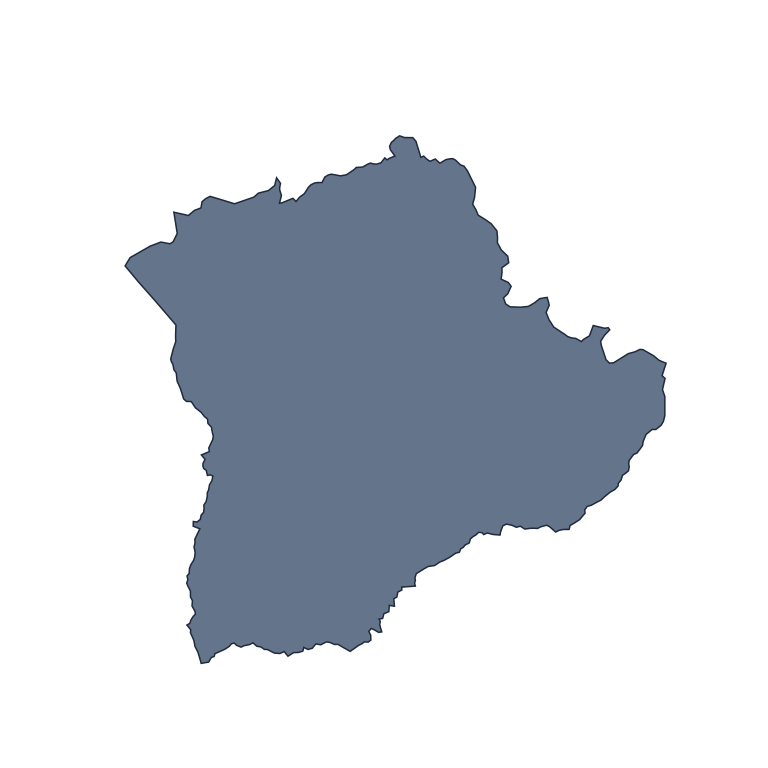 the district of Sertânia, Pernambuco, Brazil, rotated 339°
{"feature_id": "56859067B10888923782063", "entity_name": "Sertânia", "entity_type": "district", "adm_level": 2, "iso_a3": "BRA", "parent_name": "Brazil", "parent_adm1": "Pernambuco", "projection": "mercator", "projection_center": [-37.338, -8.2], "detail": "fine", "context": "isolated", "style": "filled", "palette": "slate", "viewbox_px": 768, "rotation_deg": 339, "n_neighbors": 0, "source": "geoboundaries", "source_scale": "gbopen_adm2", "svg_char_len": 4563}
<svg xmlns="http://www.w3.org/2000/svg" viewBox="0 0 768 768"><g transform="rotate(339 384 384)"><path d="M357.6,153.0L353.1,159.5L345.3,162.0L335.0,160.8L329.6,162.9L309.1,162.2L299.5,154.7L295.8,151.8L288.9,146.5L284.3,147.0L279.5,148.6L276.2,154.0L269.1,154.0L261.8,156.6L249.4,148.3L246.9,160.1L244.9,169.4L238.0,175.7L234.5,176.4L226.5,171.5L215.0,171.5L192.3,175.0L184.6,181.0L191.3,200.6L200.2,224.4L210.9,254.4L206.7,264.3L204.7,269.9L200.0,275.5L193.9,284.1L193.5,286.8L193.9,290.1L193.0,295.4L194.0,299.3L191.9,307.1L192.3,315.6L191.6,326.1L193.3,329.4L197.8,331.4L199.4,338.7L203.0,344.7L204.8,350.3L206.7,353.3L205.5,357.8L207.4,362.4L206.5,367.0L205.9,371.6L204.1,374.6L197.5,380.9L196.7,384.5L188.1,384.8L189.9,390.2L186.7,393.1L185.5,395.7L185.4,398.4L187.1,400.8L186.4,406.1L189.3,406.6L191.3,408.6L188.6,412.7L185.0,415.5L182.1,420.3L180.1,422.1L178.7,425.6L175.9,429.9L172.4,432.5L171.6,435.2L169.6,439.2L166.4,440.8L163.9,444.6L159.9,445.8L156.7,444.0L154.9,448.4L160.2,453.2L154.0,459.0L151.8,461.1L150.5,464.9L148.3,467.9L147.3,473.6L145.5,477.2L143.3,480.2L138.9,483.5L136.2,486.6L134.2,491.1L131.3,492.6L130.8,496.3L128.4,499.3L128.5,502.7L129.1,507.8L127.0,513.6L127.5,517.6L125.2,522.5L126.1,528.7L125.3,531.4L122.6,532.6L119.2,535.1L116.9,537.9L113.6,538.4L115.5,544.2L114.2,546.7L114.6,555.4L113.5,561.2L114.2,567.8L113.5,576.3L113.2,579.3L120.6,580.8L124.8,577.4L127.8,577.5L129.5,575.2L140.3,574.6L145.5,573.5L148.7,571.8L151.3,572.2L152.8,575.2L156.2,578.4L160.0,578.2L165.0,579.1L169.0,578.7L171.2,583.2L175.0,585.5L177.2,588.9L179.9,590.0L185.2,595.9L190.2,598.3L194.9,598.0L196.8,603.7L203.3,602.4L208.0,604.0L212.5,604.3L214.7,601.2L217.9,604.6L222.4,605.0L227.2,602.2L231.5,604.8L237.8,604.1L241.0,606.0L244.4,609.4L247.7,610.6L250.1,613.5L251.8,615.7L256.6,621.5L266.7,618.9L270.3,618.6L273.1,617.7L276.8,619.3L280.0,618.3L281.6,613.6L281.1,609.5L284.6,607.7L286.9,610.1L290.0,614.0L293.1,614.6L293.4,609.8L293.8,607.0L295.4,604.4L295.1,601.7L298.7,602.4L301.6,598.4L306.9,598.3L309.6,592.6L314.1,595.2L316.2,588.0L319.6,587.5L322.4,583.2L326.8,582.7L327.8,580.0L340.8,583.9L341.3,580.7L342.9,578.7L343.4,576.1L346.2,572.6L355.7,570.8L359.8,570.2L366.2,571.6L372.4,570.2L376.6,570.2L383.3,569.3L390.4,567.6L394.0,568.1L396.5,565.4L399.5,564.9L402.1,563.4L406.7,562.9L409.1,559.6L412.6,558.3L415.3,558.0L419.2,556.4L422.2,557.9L423.2,560.3L427.0,560.1L431.9,563.6L434.4,564.8L438.2,566.6L439.8,563.9L444.1,559.0L448.2,558.7L453.0,561.9L456.2,565.2L460.3,565.6L463.5,569.9L468.7,571.1L472.5,572.5L475.6,573.9L478.8,573.5L482.7,573.8L485.4,574.2L487.5,576.7L491.2,583.7L495.2,583.4L499.4,584.1L504.7,586.1L507.0,582.8L511.9,582.0L518.1,580.7L522.2,578.4L525.4,576.7L526.3,573.4L529.9,571.1L534.0,571.5L540.6,570.6L544.9,570.2L549.7,568.2L556.4,566.0L561.7,565.2L566.0,563.1L567.2,560.7L570.9,558.6L574.0,554.7L577.2,554.0L581.1,552.7L583.3,549.1L583.9,546.1L585.4,543.3L591.8,539.2L595.3,539.2L599.7,536.5L603.3,534.1L605.3,530.6L610.6,525.0L618.1,522.5L621.4,523.9L627.9,521.9L631.4,519.1L634.8,514.3L641.7,496.4L642.0,489.0L648.4,479.5L646.6,475.9L654.8,465.7L649.4,460.6L645.7,454.1L638.1,444.8L635.4,443.4L630.0,443.9L623.0,443.2L605.9,446.5L602.0,445.3L600.0,440.9L600.7,426.0L601.5,421.8L607.4,417.5L614.2,414.3L613.5,411.8L609.9,411.0L600.3,404.4L593.0,412.7L586.4,413.8L583.5,415.1L581.5,412.7L579.4,410.2L575.3,408.0L572.3,405.3L570.7,402.6L567.2,397.8L562.9,391.7L561.1,383.2L561.0,375.3L566.4,369.8L567.0,366.3L567.3,361.6L560.0,360.1L553.8,362.1L546.6,363.3L538.9,361.2L529.3,357.1L526.3,352.8L526.4,346.4L531.8,344.2L537.7,338.4L536.4,333.7L530.9,328.1L534.2,322.1L535.7,317.7L543.9,315.5L545.3,309.0L541.5,300.9L540.5,292.7L542.4,288.2L544.3,281.5L542.6,276.3L541.6,272.9L537.1,266.3L532.4,260.1L532.3,254.4L531.2,247.9L535.3,242.5L540.0,233.2L539.0,222.7L538.3,215.0L536.8,209.4L534.0,206.9L531.0,200.6L529.1,198.3L526.6,197.5L522.4,196.7L515.3,197.9L512.5,192.3L506.8,192.6L504.6,189.6L502.7,185.4L499.6,185.7L500.0,180.7L500.5,172.9L500.8,168.9L499.2,164.3L491.5,161.3L487.5,157.9L482.8,158.9L480.4,160.1L477.6,161.0L474.3,164.2L473.9,167.7L475.9,175.1L470.0,175.2L467.2,175.8L465.8,173.2L460.5,176.4L456.0,176.1L452.9,174.7L450.6,172.9L447.9,172.9L441.8,173.8L435.7,171.9L433.0,173.1L423.9,175.2L418.0,174.1L410.0,169.2L406.6,168.9L402.9,169.6L398.3,173.7L394.1,172.1L391.4,171.5L387.2,171.8L384.0,173.2L378.0,177.7L372.0,179.4L367.3,182.1L365.5,178.0L362.0,178.1L353.7,178.3L351.2,177.8L355.8,171.3L356.2,165.3L357.2,162.9L359.3,159.6L357.6,153.0Z" fill="#64748b" stroke="#1e293b" stroke-width="1.5"/></g></svg>